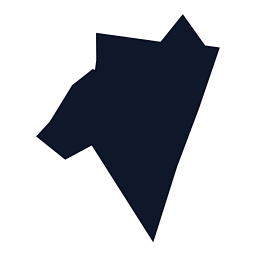 the border of Ngeremlengui
{"feature_id": "PLW-5256", "entity_name": "Ngeremlengui", "entity_type": "state/province", "adm_level": 1, "iso_a3": "PLW", "parent_name": "Palau", "parent_adm1": "", "projection": "natural_earth1", "projection_center": [134.562, 7.532], "detail": "fine", "context": "isolated", "style": "filled", "palette": "ink", "viewbox_px": 256, "rotation_deg": 0, "n_neighbors": 0, "source": "natural_earth", "source_scale": "10m", "svg_char_len": 317}
<svg xmlns="http://www.w3.org/2000/svg" viewBox="0 0 256 256"><path d="M65.3,158.8L37.2,136.3L50.2,122.3L72.7,85.7L92.9,69.8L95.6,71.1L97.0,60.3L96.8,33.7L160.9,42.6L182.8,15.4L204.7,46.2L218.8,48.1L198.4,108.0L176.5,166.2L153.0,240.6L92.0,144.4L65.3,158.8Z" fill="#0f172a" stroke="#020617" stroke-width="1.5"/></svg>